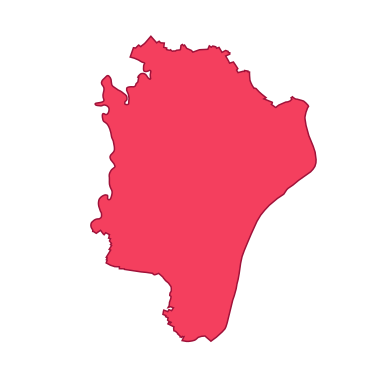 Dong Anh, Ha Noi, Vietnam, rotated 283°
{"feature_id": "81297802B58266448529829", "entity_name": "Dong Anh", "entity_type": "district", "adm_level": 2, "iso_a3": "VNM", "parent_name": "Vietnam", "parent_adm1": "Ha Noi", "projection": "mercator", "projection_center": [105.849, 21.137], "detail": "fine", "context": "isolated", "style": "filled", "palette": "rose", "viewbox_px": 384, "rotation_deg": 283, "n_neighbors": 0, "source": "geoboundaries", "source_scale": "gbopen_adm2", "svg_char_len": 6001}
<svg xmlns="http://www.w3.org/2000/svg" viewBox="0 0 384 384"><g transform="rotate(283 192 192)"><path d="M140.3,255.3L146.9,256.1L155.8,257.6L164.3,259.1L178.1,261.9L184.9,264.1L190.8,267.0L196.5,270.3L205.0,276.7L210.5,281.9L215.6,283.8L217.2,284.8L221.5,288.8L227.3,293.2L238.3,303.0L241.4,304.8L244.6,306.0L248.3,306.2L251.5,305.6L258.5,303.0L263.8,299.8L273.1,293.2L282.6,288.1L288.6,285.7L290.3,285.2L295.2,285.1L299.9,285.7L301.7,286.3L302.7,285.4L304.5,282.7L305.7,280.3L305.9,278.3L306.1,273.6L305.9,272.3L306.1,271.2L307.0,269.0L307.4,268.5L306.1,267.3L304.8,268.4L302.7,267.0L301.4,265.1L300.7,263.1L296.3,257.1L294.4,255.5L293.4,254.9L293.2,254.4L295.2,249.7L295.9,250.0L296.7,250.2L297.2,250.2L297.5,250.0L298.9,241.1L300.6,242.9L302.9,238.1L304.7,234.8L307.2,231.1L307.3,229.4L307.0,229.1L309.3,226.7L311.8,224.7L314.0,223.3L318.1,222.0L320.7,221.3L321.8,221.1L321.8,219.3L322.4,219.3L322.2,215.9L321.3,216.0L321.1,214.6L318.7,210.0L320.8,208.0L322.5,208.9L325.8,205.5L328.0,203.1L326.0,199.6L327.8,198.2L332.1,194.2L334.8,197.8L336.2,197.5L336.1,196.0L337.1,195.6L337.5,193.0L334.8,189.8L339.0,185.8L337.6,183.6L338.9,182.4L338.7,180.9L338.9,180.9L338.9,179.4L337.4,178.2L338.3,176.0L334.6,175.3L332.3,167.3L328.5,161.4L329.2,160.4L329.8,159.5L330.4,156.4L330.6,155.2L330.8,154.5L333.5,151.7L332.6,150.9L333.6,149.5L333.2,149.0L332.3,148.3L331.6,148.3L331.0,148.5L330.0,148.5L328.4,148.7L327.8,148.4L326.6,145.0L326.1,144.5L325.8,144.3L325.6,143.9L325.3,142.4L324.8,141.6L324.8,141.3L325.0,140.6L325.1,140.0L325.2,139.6L325.8,139.2L325.3,138.6L325.0,138.0L325.0,135.5L325.1,135.1L326.6,135.0L326.6,131.9L330.9,131.5L330.4,128.5L330.4,127.9L330.5,127.5L331.5,126.2L331.2,125.7L329.4,124.0L334.5,116.9L327.8,113.4L325.9,112.3L323.2,110.1L322.8,109.8L322.4,109.7L322.1,109.3L323.2,107.0L323.0,106.8L319.8,104.8L319.6,104.5L319.4,102.5L309.6,101.4L309.4,105.8L309.1,107.4L308.6,110.2L308.0,111.9L307.3,114.2L307.2,116.2L307.1,116.6L306.8,116.9L306.5,116.9L304.9,116.5L304.0,116.5L300.8,117.1L299.6,117.6L299.0,118.2L298.9,118.7L298.9,119.5L299.3,120.9L300.1,122.2L300.9,123.1L301.0,123.6L300.9,124.3L300.4,124.7L299.8,124.8L297.0,124.9L294.1,125.8L293.4,126.1L293.1,126.2L292.7,126.0L292.4,125.5L292.7,124.7L293.4,123.4L295.3,121.4L296.0,120.5L296.4,119.5L296.6,118.3L296.4,117.2L295.9,115.9L295.4,115.3L294.1,114.4L292.9,113.7L292.4,113.6L291.8,113.5L292.0,114.2L287.1,114.5L284.7,113.1L283.6,113.1L283.0,113.0L282.3,112.7L281.7,112.1L281.3,111.3L280.9,109.1L280.2,107.0L279.5,105.8L279.0,105.3L278.6,105.1L278.1,105.1L276.3,105.5L272.8,108.1L269.1,109.6L266.2,110.0L264.1,110.4L263.8,110.4L263.4,110.3L263.0,110.0L262.7,109.5L262.4,108.6L262.4,107.5L262.7,106.8L263.3,106.5L264.1,106.4L265.0,106.5L265.7,106.9L266.5,107.5L267.5,107.8L268.5,107.6L269.8,107.2L270.8,106.5L271.7,105.3L273.5,101.5L274.3,99.4L274.7,97.3L277.1,91.3L277.7,90.4L278.5,89.7L280.1,89.0L283.4,87.8L284.8,86.8L285.9,85.5L286.4,84.7L286.5,84.0L286.3,83.3L285.7,82.7L283.8,81.5L281.5,80.0L280.3,79.4L278.9,79.2L278.1,79.2L277.4,79.5L276.4,80.1L275.3,81.4L274.2,82.4L273.2,82.9L271.5,83.3L266.9,83.4L265.9,83.6L264.3,84.1L261.9,85.5L261.4,85.6L260.8,85.5L260.1,85.0L259.6,84.4L258.8,83.0L256.9,78.4L256.5,78.0L256.1,77.8L255.6,78.0L255.2,78.5L255.0,79.2L255.0,80.4L255.3,82.8L255.4,83.9L255.9,84.9L256.8,86.2L257.1,87.0L257.1,88.2L257.0,89.4L255.9,91.5L254.8,92.3L253.5,92.7L251.8,92.8L250.4,92.6L249.5,92.3L248.6,91.7L248.3,91.3L248.1,90.7L248.1,90.1L248.5,88.7L248.5,88.2L248.3,87.7L247.8,87.4L246.8,87.3L244.9,87.8L242.4,88.9L241.5,89.5L240.9,90.2L240.2,92.0L239.3,93.8L238.2,95.1L236.7,96.4L234.9,97.7L231.5,99.6L227.7,101.2L226.7,101.8L224.0,103.8L219.0,106.0L217.5,106.5L215.7,106.9L214.9,106.9L213.8,106.7L212.7,106.2L210.3,104.8L209.5,104.4L208.1,104.2L207.5,104.3L206.7,104.6L205.1,105.7L202.1,109.5L201.1,110.3L199.7,111.2L199.3,111.2L198.8,111.1L196.4,109.2L195.5,108.6L193.9,108.0L191.7,107.5L190.1,107.5L188.7,107.8L187.6,108.2L185.2,108.8L183.3,109.2L181.1,109.8L179.3,110.7L177.9,111.6L175.5,113.5L174.5,114.0L173.1,114.4L171.1,114.5L169.1,114.4L167.5,114.2L166.6,113.9L166.2,113.6L165.8,112.8L165.8,112.2L166.1,111.7L166.7,111.2L169.0,110.8L169.7,110.4L169.8,109.4L169.7,108.3L169.3,107.4L168.6,106.4L167.9,105.6L166.5,104.4L164.7,103.4L163.3,103.1L162.1,103.1L160.2,103.3L158.5,103.8L157.1,104.4L153.3,106.7L152.3,107.4L151.5,108.3L150.1,108.8L148.6,109.2L147.6,109.3L146.4,109.0L145.2,107.9L144.9,107.4L144.6,106.3L144.0,104.8L143.2,103.7L142.3,102.8L140.2,101.3L139.3,100.9L138.0,100.8L136.6,101.0L135.3,101.5L134.1,102.4L132.7,103.8L132.0,104.0L131.3,104.1L131.4,104.6L130.2,108.0L134.1,111.5L131.2,114.9L130.6,116.0L132.9,117.1L131.9,121.2L130.9,121.0L130.3,121.2L129.6,121.3L128.3,121.1L128.1,123.1L125.8,122.6L123.8,125.1L122.4,124.4L121.8,125.7L117.4,124.2L117.1,125.8L109.0,123.1L108.7,124.2L106.7,123.8L106.5,124.7L103.6,124.3L102.3,129.0L101.9,133.5L102.1,134.6L102.8,138.1L100.9,138.5L101.9,143.2L101.4,143.5L102.7,160.3L103.4,165.6L103.9,171.9L103.1,172.9L102.9,174.0L103.3,175.0L105.2,177.8L104.4,179.4L102.6,182.7L101.8,183.5L99.7,186.2L98.0,189.6L95.1,192.8L94.5,193.1L93.4,193.5L91.2,194.0L90.4,194.0L88.9,193.4L88.3,193.4L86.5,193.5L86.1,193.7L85.9,194.1L85.7,194.9L85.6,195.0L84.5,195.2L83.1,195.3L79.9,194.9L79.0,194.9L78.1,195.1L75.7,195.3L74.9,194.9L74.1,194.7L75.4,196.8L75.0,200.0L71.8,198.8L72.2,196.0L70.0,195.3L70.6,191.1L69.4,191.0L66.2,191.2L65.7,194.3L64.6,194.3L64.0,197.0L61.7,197.0L61.3,197.6L60.8,198.6L60.3,201.0L59.5,200.6L59.9,198.7L58.1,198.2L56.5,204.8L55.3,204.7L52.7,205.6L52.7,206.4L52.1,208.1L51.5,209.1L50.8,210.1L50.5,210.0L49.3,212.2L48.7,213.1L48.2,213.0L48.2,213.5L48.0,214.2L48.0,214.5L49.1,215.0L49.0,216.0L48.8,216.3L49.0,216.6L45.0,215.8L45.2,220.2L45.7,222.4L46.9,225.5L48.0,227.6L48.9,228.7L51.8,230.8L53.5,233.7L54.6,237.0L50.9,244.0L55.9,248.3L62.5,252.9L66.1,254.9L68.4,255.4L72.5,255.7L95.7,256.0L100.6,256.5L107.8,256.8L112.5,256.5L117.5,256.6L123.2,256.3L133.6,255.4L140.3,255.3Z" fill="#f43f5e" stroke="#9f1239" stroke-width="1.5"/></g></svg>